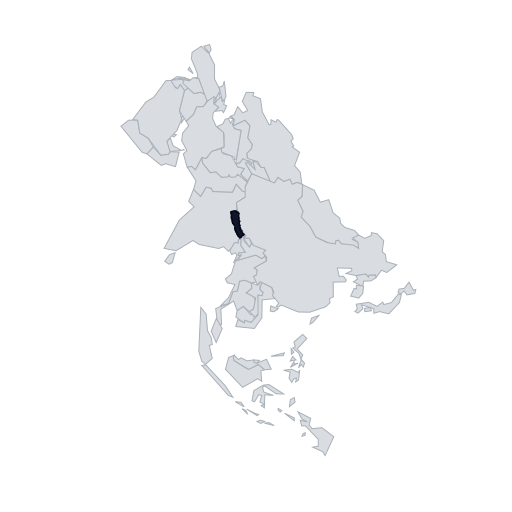 Nepal on a map of Asia (Albers equal-area conic projection), rotated 52°
{"feature_id": "NPL", "entity_name": "Nepal", "entity_type": "country or territory", "adm_level": 0, "iso_a3": "NPL", "parent_name": "Asia", "parent_adm1": "", "projection": "albers", "projection_center": [84.322, 28.374], "detail": "fine", "context": "in_parent", "style": "filled", "palette": "ink", "viewbox_px": 512, "rotation_deg": 52, "n_neighbors": 45, "source": "natural_earth", "source_scale": "50m", "svg_char_len": 15098}
<svg xmlns="http://www.w3.org/2000/svg" viewBox="0 0 512 512"><g transform="rotate(52 256 256)"><path d="M227.5,175.6L223.3,178.3L221.8,183.3L216.5,182.1L214.4,188.3L207.6,190.3L209.8,196.5L208.1,199.4L191.3,195.1L189.0,197.7L182.7,196.3L174.6,202.7L169.4,200.2L168.6,193.5L165.8,190.4L157.7,189.8L149.7,180.7L142.3,181.1L139.4,193.9L135.1,189.1L130.3,189.8L131.2,186.3L127.1,178.5L134.9,178.3L136.3,173.0L125.7,171.6L121.0,162.9L125.8,157.1L127.8,159.8L134.9,155.6L146.3,162.3L160.6,164.8L161.5,163.3L157.9,160.3L162.9,157.9L161.5,155.4L162.8,154.5L182.2,153.2L186.5,154.4L186.9,157.7L192.6,158.6L192.3,160.3L201.1,157.8L208.5,170.0L217.1,169.5L227.5,175.6Z" fill="#d9dde1" stroke="#a8b0b8" stroke-width="1"/><path d="M139.4,193.9L142.3,181.1L149.7,180.7L157.7,189.8L165.8,190.4L168.6,193.5L169.4,200.2L173.5,202.6L181.9,197.8L180.0,200.3L187.3,203.4L183.4,205.6L180.0,205.0L180.5,202.4L176.6,202.8L173.8,206.7L171.4,206.2L172.7,211.6L170.6,215.0L147.9,190.5L142.5,194.6L139.4,193.9Z" fill="#d9dde1" stroke="#a8b0b8" stroke-width="1"/><path d="M446.3,306.0L455.8,324.4L451.3,323.9L441.6,329.0L444.2,323.9L438.7,319.8L420.0,321.7L418.1,324.6L412.6,322.3L418.4,317.7L412.8,320.1L404.6,318.9L417.6,312.9L421.8,318.2L426.6,318.2L431.8,309.8L446.3,306.0ZM391.8,351.0L390.8,355.4L386.9,357.1L388.1,353.6L391.8,351.0ZM426.4,330.7L425.0,328.6L425.6,326.0L427.5,327.8L426.4,330.7ZM350.9,319.3L349.5,322.9L358.2,328.6L353.7,330.3L351.3,347.4L326.5,349.8L319.1,340.1L320.8,334.3L325.0,337.6L337.7,333.1L340.7,331.6L343.0,320.9L350.9,319.3ZM397.5,330.3L407.1,325.5L409.4,327.3L397.5,330.3ZM393.9,333.0L391.0,333.5L389.8,332.4L393.7,330.8L393.9,333.0ZM391.1,313.0L395.2,315.2L395.3,322.4L390.4,317.4L391.1,313.0ZM365.2,325.0L381.7,319.1L377.1,324.9L363.5,329.3L363.7,331.9L368.1,333.6L376.6,328.1L370.8,334.5L380.8,342.9L377.1,344.0L378.2,340.8L373.4,342.8L369.4,337.4L367.0,339.2L370.0,347.0L367.6,348.3L360.8,340.6L362.2,330.0L365.2,325.0ZM375.6,359.9L367.7,361.0L371.4,359.2L375.6,359.9ZM371.0,357.6L379.2,353.8L382.5,351.5L382.5,353.4L371.0,357.6ZM362.0,357.9L367.6,358.2L358.0,362.1L362.0,357.9ZM311.2,362.6L339.2,360.1L353.1,361.2L348.7,363.6L308.8,366.1L311.2,362.6ZM297.6,347.8L309.8,353.6L310.2,362.7L305.6,363.5L295.8,359.7L262.5,331.1L271.2,331.1L285.0,340.2L292.7,341.5L298.8,344.9L297.6,347.8Z" fill="#d9dde1" stroke="#a8b0b8" stroke-width="1"/><path d="M392.8,352.3L395.3,348.3L400.8,346.1L392.8,352.3Z" fill="#d9dde1" stroke="#a8b0b8" stroke-width="1"/><path d="M73.5,202.8L69.0,206.5L65.4,214.4L66.0,207.8L71.1,202.6L73.5,202.8Z" fill="#d9dde1" stroke="#a8b0b8" stroke-width="1"/><path d="M77.0,200.6L71.2,202.6L77.1,199.1L77.0,200.6Z" fill="#d9dde1" stroke="#a8b0b8" stroke-width="1"/><path d="M71.4,205.4L68.1,208.2L70.6,204.5L71.4,205.4Z" fill="#d9dde1" stroke="#a8b0b8" stroke-width="1"/><path d="M71.4,205.4L82.1,205.9L81.6,210.5L74.4,210.2L75.9,214.8L68.3,216.9L65.4,214.4L71.4,205.4Z" fill="#d9dde1" stroke="#a8b0b8" stroke-width="1"/><path d="M110.5,250.9L118.3,253.5L127.1,249.6L120.2,260.1L110.7,255.7L110.5,250.9Z" fill="#d9dde1" stroke="#a8b0b8" stroke-width="1"/><path d="M108.6,248.4L109.1,245.8L111.4,244.0L111.6,247.5L108.6,248.4Z" fill="#d9dde1" stroke="#a8b0b8" stroke-width="1"/><path d="M103.2,226.4L105.0,232.8L99.9,229.0L103.2,226.4Z" fill="#d9dde1" stroke="#a8b0b8" stroke-width="1"/><path d="M81.6,210.5L82.1,205.9L89.8,204.8L93.1,198.5L98.6,196.5L103.9,199.2L105.9,205.6L102.0,210.9L106.0,218.0L106.9,228.1L94.3,226.9L81.6,210.5Z" fill="#d9dde1" stroke="#a8b0b8" stroke-width="1"/><path d="M121.0,259.5L126.8,252.5L136.0,264.4L127.7,270.4L126.3,274.9L108.4,279.1L106.8,269.8L117.9,269.0L121.9,262.4L121.0,259.5ZM128.3,247.6L126.7,248.2L128.0,247.2L128.3,247.6Z" fill="#d9dde1" stroke="#a8b0b8" stroke-width="1"/><path d="M287.4,304.4L287.8,297.0L299.1,296.3L300.2,293.6L305.0,296.5L305.4,300.8L299.7,304.6L301.7,306.4L291.7,309.4L287.4,304.4Z" fill="#d9dde1" stroke="#a8b0b8" stroke-width="1"/><path d="M295.8,295.5L287.8,297.0L287.4,304.4L277.7,301.4L276.3,316.5L288.9,325.4L285.3,327.8L272.6,320.1L276.5,307.0L270.0,296.2L272.1,292.1L265.7,284.5L268.3,279.6L274.4,276.3L278.9,279.2L279.1,286.3L286.2,282.3L292.1,284.6L296.3,290.7L295.8,295.5Z" fill="#d9dde1" stroke="#a8b0b8" stroke-width="1"/><path d="M303.7,294.3L295.8,295.5L296.3,290.7L288.9,282.1L279.1,286.3L278.9,279.2L274.4,276.3L279.8,272.7L278.7,268.6L284.9,273.5L289.1,272.8L291.0,275.7L288.1,278.5L302.3,288.3L303.7,294.3Z" fill="#d9dde1" stroke="#a8b0b8" stroke-width="1"/><path d="M274.4,276.3L268.3,279.6L265.7,284.5L272.1,292.1L270.0,296.2L276.5,307.0L273.4,314.4L271.9,303.2L265.5,290.1L259.5,295.1L255.2,294.3L255.0,286.4L247.1,275.1L255.1,255.6L261.5,253.1L261.7,248.7L266.4,251.0L264.3,264.6L267.8,263.6L271.2,267.3L270.6,270.5L277.3,270.6L274.4,276.3Z" fill="#d9dde1" stroke="#a8b0b8" stroke-width="1"/><path d="M294.9,309.4L301.7,306.4L299.7,304.6L305.4,300.8L303.7,290.7L288.1,278.5L291.0,275.7L289.1,272.8L284.9,273.5L280.4,267.8L290.5,262.9L300.9,267.7L294.4,278.2L308.3,289.4L312.1,301.9L299.1,315.4L294.9,309.4Z" fill="#d9dde1" stroke="#a8b0b8" stroke-width="1"/><path d="M346.9,174.7L346.4,180.7L342.1,186.7L345.7,190.7L336.3,195.1L336.7,190.1L332.9,189.3L334.4,186.4L337.7,180.5L341.7,180.3L340.6,178.7L344.4,173.4L346.9,174.7Z" fill="#d9dde1" stroke="#a8b0b8" stroke-width="1"/><path d="M340.8,194.9L345.8,189.8L351.2,194.8L352.4,201.0L345.9,206.1L341.9,198.5L343.8,197.1L340.8,194.9Z" fill="#d9dde1" stroke="#a8b0b8" stroke-width="1"/><path d="M228.5,175.3L239.9,169.7L253.2,172.2L256.4,164.0L269.6,168.7L277.7,166.7L282.4,169.2L288.1,168.5L296.6,162.6L302.7,162.2L302.3,169.9L307.9,167.2L313.3,169.2L298.8,181.3L294.3,181.3L293.4,183.8L295.3,186.0L292.1,189.9L277.9,197.3L265.8,195.3L253.2,196.6L249.8,191.5L237.6,188.8L237.4,183.2L228.5,175.3Z" fill="#d9dde1" stroke="#a8b0b8" stroke-width="1"/><path d="M261.7,248.7L261.5,253.1L255.1,255.6L248.2,272.9L246.0,267.2L244.7,269.7L242.7,267.9L246.4,262.2L238.2,261.6L233.5,257.5L232.4,260.0L234.9,261.9L232.2,264.7L234.3,265.6L235.2,274.9L228.7,275.8L227.1,280.8L211.8,293.8L205.0,296.0L202.6,315.8L193.4,323.7L180.5,294.2L179.1,274.5L171.5,275.4L165.0,264.2L174.9,262.9L171.0,252.9L175.0,249.5L178.7,250.2L191.2,235.2L187.2,227.3L196.8,226.8L199.9,223.9L203.0,228.3L201.9,238.6L209.3,243.8L205.8,248.8L216.2,254.3L231.9,257.6L233.8,251.4L234.3,255.0L237.4,256.3L244.9,255.5L243.5,252.1L257.3,244.8L258.1,248.6L261.7,248.7Z" fill="#d9dde1" stroke="#a8b0b8" stroke-width="1"/><path d="M246.0,267.2L247.5,278.0L243.7,270.5L240.6,270.6L240.0,274.2L235.7,273.5L232.2,264.7L234.9,261.9L232.4,260.0L233.5,257.5L238.2,261.6L246.4,262.2L242.7,267.9L244.7,269.7L246.0,267.2Z" fill="#d9dde1" stroke="#a8b0b8" stroke-width="1"/><path d="M243.5,252.1L244.9,255.5L234.3,255.0L238.0,250.4L243.5,252.1Z" fill="#d9dde1" stroke="#a8b0b8" stroke-width="1"/><path d="M199.9,223.9L196.8,226.8L187.2,227.3L191.2,235.2L178.7,250.2L175.0,249.5L171.0,252.9L174.9,262.9L165.0,264.2L159.9,257.0L143.6,255.5L145.7,251.6L150.7,250.6L145.0,238.0L149.9,240.8L162.3,240.7L164.9,235.8L172.6,234.7L182.2,218.8L192.3,217.4L195.0,222.1L199.9,223.9Z" fill="#d9dde1" stroke="#a8b0b8" stroke-width="1"/><path d="M161.5,213.8L174.6,215.5L179.9,211.3L182.3,217.9L186.7,215.6L192.3,217.4L180.3,220.2L181.0,223.6L178.3,227.6L175.4,227.2L176.3,229.7L172.6,234.7L164.9,235.8L162.3,240.7L149.9,240.8L145.0,238.0L148.4,235.2L146.2,226.4L150.1,217.2L155.2,219.0L161.5,213.8Z" fill="#d9dde1" stroke="#a8b0b8" stroke-width="1"/><path d="M170.6,215.0L172.7,211.6L171.4,206.2L180.5,202.4L181.2,205.0L176.5,207.1L188.6,208.7L191.8,216.3L182.3,217.9L179.9,211.3L174.6,215.5L170.6,215.0Z" fill="#d9dde1" stroke="#a8b0b8" stroke-width="1"/><path d="M181.9,197.8L189.0,197.7L191.3,195.1L208.1,199.4L188.6,208.7L176.5,207.1L177.0,205.1L187.3,203.4L180.0,200.3L181.9,197.8Z" fill="#d9dde1" stroke="#a8b0b8" stroke-width="1"/><path d="M130.3,189.8L135.1,189.1L137.9,193.7L142.5,194.6L147.9,190.5L167.2,211.5L166.8,213.7L164.7,212.3L152.9,219.1L150.1,217.2L150.4,214.1L140.6,206.3L130.0,206.9L131.5,200.7L129.2,196.0L130.6,193.2L135.7,194.3L133.9,189.5L130.5,192.3L130.3,189.8Z" fill="#d9dde1" stroke="#a8b0b8" stroke-width="1"/><path d="M106.9,228.1L106.0,218.0L102.0,210.9L105.9,205.6L103.3,195.9L104.7,190.8L109.6,195.0L115.8,193.8L116.9,201.7L120.9,205.6L129.5,207.6L138.6,205.5L150.4,214.1L146.2,226.4L148.4,235.2L145.0,238.0L150.7,250.6L145.7,251.6L143.6,255.5L130.8,250.4L130.4,245.6L119.2,243.5L113.9,238.0L111.9,228.7L106.9,228.1Z" fill="#d9dde1" stroke="#a8b0b8" stroke-width="1"/><path d="M72.4,204.6L77.0,200.6L76.8,195.7L81.1,191.9L97.2,196.6L93.1,198.5L89.8,204.8L75.0,207.3L72.4,204.6Z" fill="#d9dde1" stroke="#a8b0b8" stroke-width="1"/><path d="M110.6,195.3L104.5,187.5L105.3,184.6L110.3,187.4L110.6,195.3Z" fill="#d9dde1" stroke="#a8b0b8" stroke-width="1"/><path d="M103.9,199.2L81.1,191.9L78.0,194.6L79.3,191.8L75.5,189.6L60.8,185.5L56.2,181.0L57.0,170.0L67.7,168.4L79.9,171.0L91.1,179.8L103.3,182.1L107.0,190.5L104.7,190.8L103.9,199.2ZM60.8,162.4L65.8,164.3L67.2,167.8L58.6,168.1L60.8,162.4Z" fill="#d9dde1" stroke="#a8b0b8" stroke-width="1"/><path d="M209.7,325.9L209.0,329.5L204.0,331.2L201.7,323.3L203.6,317.7L209.7,325.9Z" fill="#d9dde1" stroke="#a8b0b8" stroke-width="1"/><path d="M308.2,278.7L304.4,275.1L311.3,271.0L310.9,276.3L308.2,278.7ZM188.6,208.7L209.8,196.5L207.6,190.3L214.4,188.3L216.5,182.1L221.8,183.3L223.3,178.3L228.5,175.3L237.4,183.2L237.6,188.8L249.8,191.5L253.2,196.6L265.8,195.3L277.9,197.3L289.2,191.8L295.3,186.0L293.4,183.8L294.3,181.3L298.8,181.3L307.6,172.3L313.4,170.5L307.9,167.2L301.3,168.8L302.7,162.2L309.0,159.5L310.8,152.6L308.7,150.6L313.0,146.9L322.5,145.9L330.1,153.8L334.7,153.2L340.7,156.8L349.6,150.5L349.5,163.1L344.5,165.9L346.9,174.7L344.4,173.4L340.6,178.7L341.7,180.3L337.7,180.5L332.9,189.3L325.2,195.8L326.6,189.6L324.6,188.2L315.5,199.3L323.3,203.0L325.7,199.6L330.5,199.6L331.5,201.3L324.1,211.3L335.7,220.1L334.9,224.3L338.4,226.5L338.9,232.5L333.3,248.4L326.1,257.2L310.2,266.3L309.9,270.3L308.1,270.9L307.1,267.0L297.3,267.4L295.5,264.1L290.5,262.9L278.7,268.6L279.8,272.7L270.6,270.5L271.2,267.3L267.8,263.6L264.3,264.6L266.4,251.0L263.5,248.3L258.1,248.6L257.3,244.8L246.1,251.5L238.0,250.4L234.2,254.3L233.8,251.4L224.4,251.2L201.9,238.6L203.0,228.3L195.0,222.1L188.6,208.7Z" fill="#d9dde1" stroke="#a8b0b8" stroke-width="1"/><path d="M341.6,243.0L343.4,252.1L342.9,255.4L339.1,250.5L341.6,243.0Z" fill="#d9dde1" stroke="#a8b0b8" stroke-width="1"/><path d="M113.8,184.6L116.8,188.2L119.6,186.6L123.0,193.4L120.6,193.1L116.8,198.9L115.8,193.8L110.6,195.3L109.4,190.6L109.2,185.4L113.2,187.4L113.8,184.6ZM109.6,195.0L107.8,194.0L107.0,190.5L109.3,192.2L109.6,195.0Z" fill="#d9dde1" stroke="#a8b0b8" stroke-width="1"/><path d="M98.6,173.3L112.0,181.6L113.7,187.1L100.4,181.2L101.5,177.4L98.6,173.3Z" fill="#d9dde1" stroke="#a8b0b8" stroke-width="1"/><path d="M355.2,288.6L350.6,285.3L355.2,285.3L355.2,288.6ZM364.9,297.3L362.7,291.1L364.8,292.7L366.3,288.6L364.9,297.3ZM372.8,291.8L379.9,298.8L379.7,302.3L377.2,299.4L376.1,301.7L377.6,305.6L372.6,305.2L368.5,300.5L363.0,304.6L367.1,297.8L373.9,294.3L372.8,291.8ZM351.3,295.9L344.2,306.0L349.8,293.3L351.3,295.9ZM352.3,266.7L354.6,280.8L362.9,280.1L364.8,284.2L359.6,282.1L351.2,283.6L351.8,281.0L347.1,279.1L346.5,267.5L352.3,266.7ZM359.8,293.7L357.8,288.9L362.5,288.5L359.8,293.7ZM370.3,283.7L372.6,287.1L369.5,287.1L370.2,291.3L365.5,283.9L370.3,283.7Z" fill="#d9dde1" stroke="#a8b0b8" stroke-width="1"/><path d="M280.8,325.7L292.4,327.3L299.7,340.7L287.6,337.6L280.8,325.7ZM350.9,319.3L343.0,320.9L340.7,331.6L325.0,337.6L321.9,336.3L320.8,334.3L326.8,333.5L327.0,330.5L333.0,327.7L336.5,321.8L341.0,321.4L343.9,311.3L354.6,313.7L350.9,319.3Z" fill="#d9dde1" stroke="#a8b0b8" stroke-width="1"/><path d="M340.4,317.5L341.0,321.4L338.7,323.1L336.5,321.8L340.4,317.5Z" fill="#d9dde1" stroke="#a8b0b8" stroke-width="1"/><path d="M381.0,171.7L383.3,187.0L375.9,192.8L373.7,198.4L370.0,195.6L359.4,202.9L363.4,204.2L363.8,210.8L360.6,212.2L360.1,208.8L355.7,206.7L361.9,195.7L370.2,191.7L370.4,184.5L372.9,185.2L376.1,178.1L373.7,167.3L376.1,165.4L381.0,171.7ZM379.8,153.0L380.8,150.7L383.3,153.9L379.6,161.0L374.6,160.9L375.0,165.1L372.2,166.6L370.2,163.6L372.8,159.0L370.8,151.5L379.8,153.0ZM364.0,202.7L367.0,197.8L370.3,198.6L366.9,204.5L364.0,202.7Z" fill="#d9dde1" stroke="#a8b0b8" stroke-width="1"/><path d="M106.8,269.8L108.4,279.1L104.1,281.9L70.5,282.5L70.6,272.7L76.1,265.6L87.6,271.9L96.6,268.4L106.8,269.8Z" fill="#d9dde1" stroke="#a8b0b8" stroke-width="1"/><path d="M65.3,215.0L73.7,215.9L75.9,214.8L74.4,210.2L81.6,210.5L94.3,226.9L102.5,230.3L108.4,241.0L110.7,255.7L121.0,259.5L121.9,262.4L117.9,269.0L96.6,268.4L87.6,271.9L76.1,265.6L72.5,269.1L66.8,247.7L68.0,238.7L62.4,218.9L65.3,215.0Z" fill="#d9dde1" stroke="#a8b0b8" stroke-width="1"/><path d="M73.5,193.2L67.4,194.9L66.2,192.2L73.5,193.2Z" fill="#d9dde1" stroke="#a8b0b8" stroke-width="1"/><path d="M231.9,252.3L232.0,252.4L232.0,252.5L231.9,253.1L231.7,253.4L231.6,254.0L231.5,255.0L232.0,255.7L232.1,256.2L232.2,256.5L232.0,257.0L231.8,257.6L231.7,257.7L231.6,257.8L231.2,257.6L230.8,257.6L230.4,257.7L230.0,257.7L229.7,257.7L229.3,257.9L228.9,257.8L228.6,257.7L228.5,257.3L228.4,257.2L227.6,257.6L227.4,257.7L226.8,257.5L226.4,257.2L225.8,257.1L225.5,257.1L225.1,256.9L224.6,257.1L224.4,257.1L224.2,257.0L224.1,256.7L224.0,256.4L223.9,256.3L223.6,256.2L223.2,256.4L222.7,256.6L222.4,256.5L222.2,256.2L221.8,256.1L221.5,255.9L220.7,255.5L220.6,255.3L220.6,254.9L220.6,254.7L220.0,254.4L219.2,254.1L218.8,253.9L218.5,254.0L218.1,254.1L217.9,254.3L217.6,254.2L217.0,254.0L216.6,253.9L216.4,254.0L216.1,254.3L215.9,254.2L215.4,254.0L215.0,253.9L214.3,253.7L214.2,253.4L214.1,253.1L213.4,253.1L212.9,252.8L212.3,252.4L212.1,252.3L211.9,252.2L211.8,252.3L211.6,252.4L211.2,252.2L210.8,252.0L210.3,251.6L209.7,251.2L209.4,250.8L209.3,250.6L208.8,250.3L208.4,250.1L207.9,249.8L207.7,249.6L207.4,249.4L207.2,249.3L207.1,249.5L206.9,249.5L206.6,249.3L206.3,249.1L206.0,248.9L205.8,248.7L205.7,248.5L205.8,248.1L206.0,247.7L206.4,247.3L206.4,246.9L206.5,246.5L206.7,246.0L207.0,245.4L207.5,244.8L207.7,244.6L207.9,244.4L208.3,244.0L208.4,243.9L208.6,243.8L208.8,243.8L209.0,243.9L209.1,244.1L209.3,244.3L209.5,244.3L209.7,244.1L210.3,243.2L211.0,243.1L211.7,243.2L212.3,243.3L212.4,243.6L212.5,244.0L212.8,244.3L213.6,244.8L214.1,245.2L214.8,245.7L215.3,246.0L215.8,246.0L216.0,246.2L216.4,246.7L216.7,247.2L217.1,247.6L217.4,247.6L217.8,247.4L218.3,247.3L218.5,247.4L218.8,247.5L219.0,248.2L219.2,248.6L219.5,248.8L219.8,249.0L220.0,249.2L220.6,249.5L220.8,249.8L221.0,249.9L221.9,249.7L222.1,249.7L222.2,249.8L222.1,250.2L222.0,250.6L222.1,250.8L222.4,250.9L223.0,250.9L223.9,250.9L224.2,251.1L224.4,251.4L224.7,252.0L224.8,252.2L225.0,252.3L225.2,252.2L225.2,251.6L225.4,251.5L225.5,251.6L225.7,251.8L226.0,252.1L226.3,252.2L226.6,252.1L226.8,251.6L227.0,251.5L227.3,251.6L227.4,251.8L227.7,251.9L228.0,252.0L228.3,252.1L228.7,252.5L229.2,252.5L229.8,252.5L230.0,252.5L230.3,252.5L230.5,252.5L231.0,252.2L231.3,252.2L231.6,252.2L231.9,252.3Z" fill="#0f172a" stroke="#020617" stroke-width="1.5"/></g></svg>